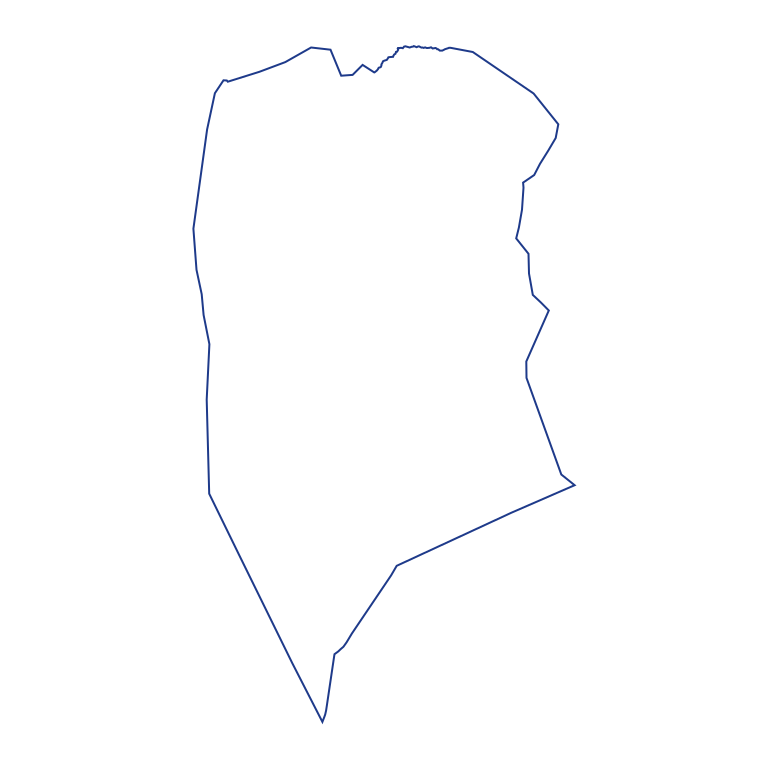 outline of San Vicente Nuñú, Oaxaca, Mexico
{"feature_id": "50627088B79032057291398", "entity_name": "San Vicente Nuñú", "entity_type": "district", "adm_level": 2, "iso_a3": "MEX", "parent_name": "Mexico", "parent_adm1": "Oaxaca", "projection": "orthographic", "projection_center": [-97.43, 17.42], "detail": "fine", "context": "isolated", "style": "outline", "palette": "blue", "viewbox_px": 768, "rotation_deg": 0, "n_neighbors": 0, "source": "geoboundaries", "source_scale": "gbopen_adm2", "svg_char_len": 1492}
<svg xmlns="http://www.w3.org/2000/svg" viewBox="0 0 768 768"><path d="M209.4,344.2L206.7,399.6L209.2,493.7L238.5,553.7L292.3,663.2L322.4,721.9L324.3,717.0L325.2,714.5L326.1,710.5L326.8,705.9L334.2,656.0L334.5,654.2L338.3,651.4L340.7,649.1L343.4,646.8L346.6,642.3L351.9,633.5L391.1,575.4L396.7,565.8L511.2,512.8L574.6,485.2L561.3,474.5L526.5,377.9L526.3,361.5L548.8,310.5L540.9,302.5L532.8,294.9L529.0,273.5L528.5,253.8L516.2,238.4L518.9,227.5L522.0,209.7L523.5,187.7L523.1,182.6L534.2,175.0L540.0,163.8L548.2,150.7L555.7,138.0L558.3,124.3L533.6,93.5L472.8,52.0L450.5,47.8L449.0,47.8L448.7,48.0L445.0,49.2L443.9,49.8L442.3,50.6L439.8,50.6L438.2,49.3L437.1,49.2L436.8,48.7L435.6,48.0L433.6,48.3L432.7,48.5L431.0,47.3L429.5,47.8L427.6,48.0L426.7,48.0L425.1,47.4L423.6,47.9L422.6,47.5L421.4,47.6L419.1,46.4L418.3,46.4L416.6,47.2L414.7,46.4L413.8,46.1L413.1,46.6L411.6,46.8L409.7,47.5L405.4,46.3L404.1,46.6L402.8,48.2L401.0,47.8L399.9,48.0L398.0,48.0L397.7,48.6L398.2,49.7L397.3,51.3L396.9,51.8L396.0,51.9L395.5,53.7L394.2,54.5L393.4,55.8L393.1,56.8L389.7,57.1L388.4,57.3L387.9,58.3L386.8,59.9L384.2,60.7L383.0,61.3L382.4,62.8L381.4,64.4L381.5,65.0L381.1,66.4L380.8,67.0L380.3,67.3L379.0,67.6L378.3,68.3L378.1,69.0L376.8,70.6L374.5,72.4L374.2,72.4L362.6,64.9L352.6,74.9L341.2,75.7L330.5,49.7L311.1,47.5L285.3,62.1L259.4,71.8L227.8,81.7L226.8,80.5L223.5,80.3L214.9,93.2L207.1,129.5L193.4,228.7L196.5,269.8L201.7,294.2L203.6,315.0L209.4,344.2Z" fill="none" stroke="#1e3a8a" stroke-width="2"/></svg>